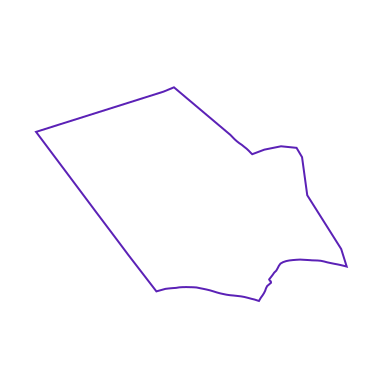 Osaylan, Shabwah, Yemen, rotated 275°
{"feature_id": "15242507B14507855055596", "entity_name": "Osaylan", "entity_type": "district", "adm_level": 2, "iso_a3": "YEM", "parent_name": "Yemen", "parent_adm1": "Shabwah", "projection": "equal_earth", "projection_center": [45.859, 15.121], "detail": "fine", "context": "isolated", "style": "outline", "palette": "violet", "viewbox_px": 384, "rotation_deg": 275, "n_neighbors": 0, "source": "geoboundaries", "source_scale": "gbopen_adm2", "svg_char_len": 1314}
<svg xmlns="http://www.w3.org/2000/svg" viewBox="0 0 384 384"><g transform="rotate(275 192 192)"><path d="M294.7,164.9L289.5,154.9L247.4,53.3L238.3,31.4L183.8,80.2L164.1,97.8L135.0,124.0L123.8,134.0L89.9,165.2L90.8,167.6L93.2,174.0L93.9,177.4L94.0,178.0L94.5,180.7L95.1,184.5L95.9,187.6L96.4,191.0L96.8,194.7L97.0,198.1L97.2,201.3L97.3,204.8L96.9,208.1L96.5,211.8L96.1,215.1L95.6,218.5L94.9,221.9L94.1,225.5L93.5,228.8L93.1,232.0L92.7,235.3L92.5,238.9L92.5,242.4L92.4,246.3L92.3,250.0L92.0,253.3L91.4,257.1L90.8,260.5L90.3,263.8L89.5,267.2L89.3,268.2L90.2,268.6L92.7,269.8L95.2,271.3L97.5,272.5L100.0,273.5L102.5,274.1L104.9,275.1L106.9,277.1L108.5,278.6L109.8,278.3L110.5,277.2L111.7,276.5L116.5,279.6L118.8,280.9L121.0,282.8L123.6,284.0L126.1,285.0L128.4,286.4L130.1,288.9L131.4,291.9L132.3,295.0L133.0,298.5L133.6,302.1L134.1,305.6L134.2,309.1L134.3,312.4L134.4,315.8L134.4,317.5L134.5,319.3L134.7,322.9L134.7,326.3L134.3,329.6L133.7,333.0L133.3,336.3L132.9,339.8L132.6,343.0L132.2,346.3L131.7,349.7L131.2,352.6L148.2,345.6L198.8,307.1L227.0,300.7L236.3,298.6L245.1,292.3L245.3,276.7L240.5,260.4L234.9,248.7L236.0,247.3L238.1,244.9L239.9,242.6L241.6,240.0L243.3,237.5L244.8,234.8L246.5,232.2L248.3,229.8L250.2,227.6L252.2,225.3L285.1,178.5L294.7,164.9Z" fill="none" stroke="#5b21b6" stroke-width="2"/></g></svg>